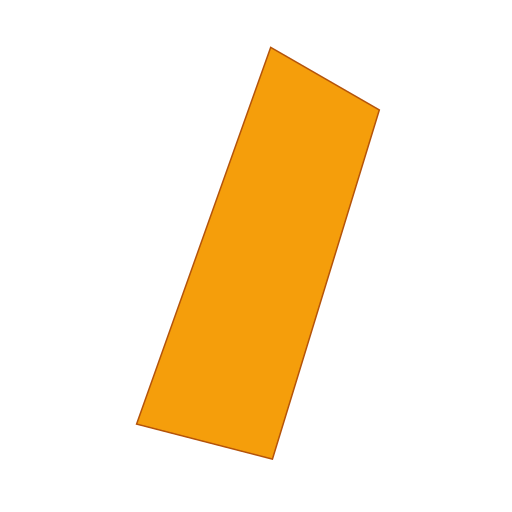 outline of Niulakita, Tuvalu, rotated 80°
{"feature_id": "33948139B18258298455850", "entity_name": "Niulakita", "entity_type": "district", "adm_level": 2, "iso_a3": "TUV", "parent_name": "Tuvalu", "parent_adm1": "", "projection": "mercator", "projection_center": [179.471, -10.79], "detail": "fine", "context": "isolated", "style": "filled", "palette": "amber", "viewbox_px": 512, "rotation_deg": 80, "n_neighbors": 0, "source": "geoboundaries", "source_scale": "gbopen_adm2", "svg_char_len": 229}
<svg xmlns="http://www.w3.org/2000/svg" viewBox="0 0 512 512"><g transform="rotate(80 256 256)"><path d="M133.6,109.2L53.1,205.3L400.8,402.8L458.9,275.1L133.6,109.2Z" fill="#f59e0b" stroke="#b45309" stroke-width="1.5"/></g></svg>